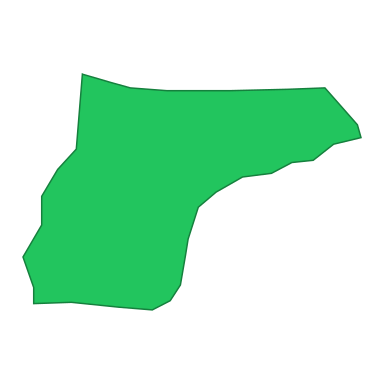 outline of Älvkarleby, Uppsala, Sweden
{"feature_id": "70781695B87799416140928", "entity_name": "Älvkarleby", "entity_type": "district", "adm_level": 2, "iso_a3": "SWE", "parent_name": "Sweden", "parent_adm1": "Uppsala", "projection": "natural_earth1", "projection_center": [17.456, 60.577], "detail": "fine", "context": "isolated", "style": "filled", "palette": "green", "viewbox_px": 384, "rotation_deg": 0, "n_neighbors": 0, "source": "geoboundaries", "source_scale": "gbopen_adm2", "svg_char_len": 509}
<svg xmlns="http://www.w3.org/2000/svg" viewBox="0 0 384 384"><path d="M33.7,303.6L71.3,302.3L119.1,307.2L152.3,309.9L170.2,300.7L180.4,285.0L185.5,255.3L188.1,239.1L198.3,207.2L216.1,192.1L242.5,177.0L271.5,173.3L291.9,162.5L313.2,160.3L333.6,144.2L361.0,137.6L357.4,124.8L346.6,112.5L324.9,87.9L288.2,89.3L229.8,90.7L167.1,90.7L130.3,87.9L110.9,82.5L82.8,74.3L82.4,74.1L76.3,149.1L57.7,169.4L41.7,196.3L41.7,225.0L23.0,257.0L33.7,287.5L33.7,303.6Z" fill="#22c55e" stroke="#15803d" stroke-width="1.5"/></svg>